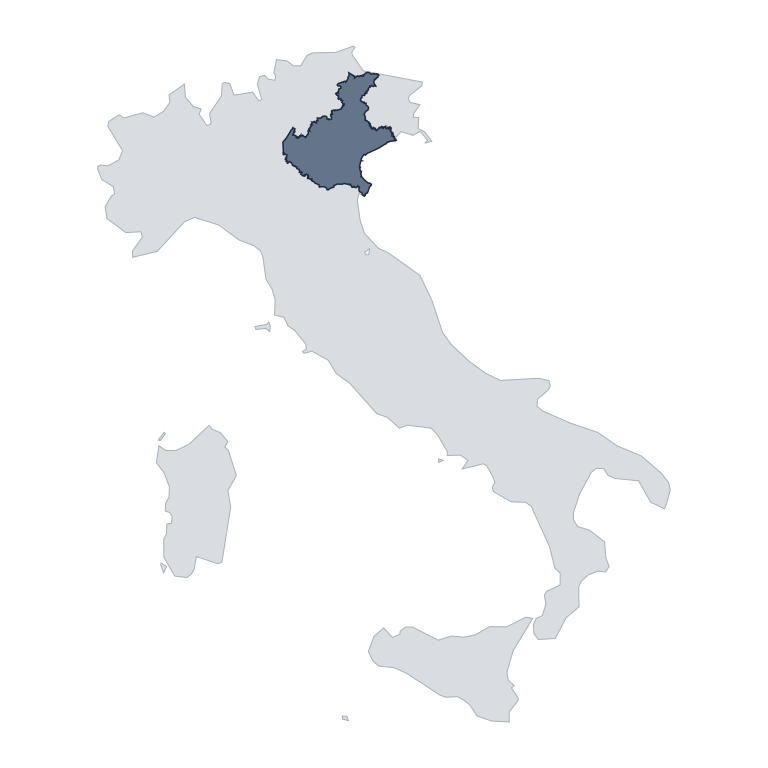 location of Veneto, Treviso, Italy
{"feature_id": "23120603B96721879872173", "entity_name": "Veneto", "entity_type": "district", "adm_level": 2, "iso_a3": "ITA", "parent_name": "Italy", "parent_adm1": "Treviso", "projection": "orthographic", "projection_center": [12.018, 45.736], "detail": "fine", "context": "in_parent", "style": "filled", "palette": "slate", "viewbox_px": 768, "rotation_deg": 0, "n_neighbors": 0, "source": "geoboundaries", "source_scale": "gbopen_adm2", "svg_char_len": 9664}
<svg xmlns="http://www.w3.org/2000/svg" viewBox="0 0 768 768"><path d="M119.1,114.8L123.8,118.0L142.8,112.7L153.9,117.1L163.6,111.4L170.0,102.2L169.1,94.9L184.4,84.1L185.4,97.3L193.3,106.5L201.2,109.1L199.2,114.3L206.8,125.5L210.0,124.6L211.1,122.7L209.5,113.5L221.4,96.1L222.2,83.7L224.3,82.5L229.8,83.5L234.0,95.2L252.7,92.1L258.8,101.0L261.8,99.4L257.3,84.2L259.7,76.6L264.6,75.4L268.0,79.1L275.1,80.3L275.6,75.8L273.8,72.7L276.5,59.6L287.1,61.0L293.3,65.8L300.7,65.8L307.1,55.4L312.1,52.9L335.8,52.4L353.4,46.1L354.9,47.5L351.7,52.5L352.8,55.7L363.3,70.9L422.5,82.1L421.7,85.9L409.2,95.7L408.3,99.3L410.3,102.5L420.0,104.7L413.5,113.8L413.6,117.3L418.8,117.6L418.2,128.6L424.6,131.8L431.8,141.3L424.7,143.2L427.6,140.6L420.3,131.3L412.9,135.4L401.0,131.6L393.1,140.5L365.7,151.9L370.5,146.8L368.4,146.7L358.5,153.3L356.3,166.7L364.0,179.9L370.1,184.6L367.4,192.7L363.7,195.8L358.8,193.6L357.4,200.8L360.1,220.0L364.5,233.4L378.4,248.3L388.7,253.1L420.1,275.5L432.1,300.9L442.7,332.8L451.3,344.5L469.1,361.2L485.3,373.2L500.3,380.4L539.0,378.3L548.9,380.6L550.3,385.9L548.6,389.7L537.5,399.2L537.1,406.4L542.9,411.1L570.0,423.0L597.7,432.4L616.9,445.7L641.4,456.0L661.2,473.1L668.5,482.4L670.3,489.8L666.7,503.3L664.6,508.8L650.7,502.3L638.6,480.8L615.0,478.5L607.9,475.2L603.7,468.6L596.2,468.4L591.3,472.4L579.6,494.0L573.5,512.5L573.5,519.8L577.6,526.7L589.3,530.0L604.6,541.9L605.9,557.8L609.1,566.6L605.5,572.0L597.9,571.1L588.2,575.0L581.4,581.2L578.7,586.9L579.0,606.8L566.0,617.9L555.3,638.5L538.2,639.5L533.9,633.5L533.4,624.3L536.1,618.6L542.3,615.6L546.0,603.7L544.3,595.3L546.6,591.4L560.1,585.0L560.2,573.2L554.8,568.1L549.6,546.8L531.1,506.2L525.6,502.3L511.0,501.8L493.4,491.5L492.2,486.9L494.9,482.4L492.7,476.5L487.0,466.2L483.3,463.8L462.2,469.0L468.0,460.3L460.3,455.1L447.2,455.5L447.3,451.7L437.6,434.9L431.2,428.2L407.2,425.1L399.5,428.2L387.6,417.5L376.8,413.7L349.5,383.0L336.4,373.7L328.2,360.2L311.8,351.2L304.2,353.3L302.4,351.6L306.4,349.0L305.6,343.9L294.7,330.4L288.2,326.0L283.8,317.3L274.6,315.1L275.1,299.6L271.8,288.6L266.0,279.2L262.9,256.9L260.3,250.6L253.8,245.7L239.0,240.0L218.7,225.0L194.5,217.4L184.3,221.9L157.2,251.4L132.7,257.3L132.5,250.9L142.4,237.1L140.9,231.7L125.8,232.6L107.0,218.5L105.1,206.8L111.2,196.3L114.6,193.9L113.3,186.6L101.9,179.7L97.8,169.7L97.7,166.5L100.8,164.9L107.6,166.0L118.9,159.8L122.6,150.7L107.8,126.2L108.8,121.4L119.1,114.8ZM368.8,254.5L369.6,248.7L364.6,252.4L366.0,255.0L368.8,254.5ZM532.7,618.4L513.2,650.6L507.0,672.0L508.1,680.0L514.2,685.6L511.4,688.0L518.1,697.8L518.1,700.5L509.1,712.1L509.3,721.9L491.6,721.1L477.0,715.9L469.7,704.8L463.9,700.2L457.8,696.7L445.4,697.2L439.8,695.0L406.6,673.3L393.8,667.6L379.0,666.2L373.1,661.3L368.3,651.6L374.0,636.4L383.6,627.9L392.4,637.4L399.9,634.2L400.2,631.1L405.5,627.2L412.3,627.0L438.2,640.2L451.6,636.0L463.9,637.2L475.1,635.0L489.5,626.6L506.5,626.9L525.7,617.2L532.7,618.4ZM228.4,450.4L236.4,475.6L227.9,490.5L230.7,507.0L221.9,562.2L218.0,563.8L196.4,556.6L194.2,569.3L191.2,574.3L186.8,577.5L174.9,576.1L163.9,557.4L163.7,539.4L166.3,534.2L166.9,523.9L171.5,523.5L172.1,516.5L169.6,512.5L165.3,511.1L165.6,503.2L169.0,497.3L169.4,486.7L164.1,472.9L156.4,462.7L158.9,445.7L165.6,450.4L175.9,450.6L188.5,444.6L209.2,425.3L211.8,429.0L220.2,432.6L227.9,441.6L224.7,447.0L228.4,450.4ZM268.7,322.1L270.4,326.2L269.7,331.6L265.7,328.4L255.9,329.5L254.9,326.6L266.9,324.4L268.7,322.1ZM166.7,566.5L163.5,572.8L160.6,564.2L161.1,563.1L166.7,566.5ZM165.3,433.7L160.5,440.5L158.2,440.1L164.2,432.3L165.3,433.7ZM348.4,720.6L342.6,719.1L342.4,715.9L347.0,716.4L348.4,720.6ZM443.2,460.3L438.6,462.4L438.7,459.0L443.2,460.3Z" fill="#d9dde1" stroke="#a8b0b8" stroke-width="1"/><path d="M319.2,185.1L319.1,186.6L319.4,187.1L321.2,186.7L324.4,186.8L326.6,188.2L327.0,189.7L328.1,189.9L330.6,188.1L333.5,187.3L334.0,186.8L333.8,185.9L334.0,185.4L335.8,184.9L336.9,184.1L342.3,184.2L344.1,183.4L346.6,184.1L348.0,184.1L348.7,184.6L349.5,184.3L349.8,184.8L350.4,184.4L350.5,185.0L351.2,185.4L351.7,187.0L352.5,187.3L353.2,187.1L353.3,186.7L353.8,186.4L354.6,187.4L356.3,187.6L357.0,186.8L357.6,186.8L357.7,186.3L358.0,186.7L358.7,186.3L359.5,187.3L358.9,188.5L359.1,190.9L359.5,191.7L361.7,192.4L362.4,194.7L364.4,196.2L365.3,195.3L365.4,194.7L365.1,194.4L365.8,193.6L367.5,192.8L369.5,187.1L371.5,184.8L371.3,184.2L369.7,183.1L368.3,183.0L366.4,181.7L364.1,179.6L362.7,177.9L362.8,177.5L362.7,177.9L361.7,176.8L361.0,176.7L361.4,176.0L360.9,173.9L361.3,171.8L361.1,171.9L360.5,170.6L360.2,170.7L359.7,168.2L359.8,167.5L360.3,167.6L360.4,167.2L359.6,167.2L359.5,166.5L360.7,161.3L360.9,160.8L361.7,160.7L361.0,160.4L361.1,159.4L362.4,156.6L364.2,154.4L365.5,155.1L367.4,153.3L378.9,148.0L384.2,144.6L385.7,144.0L387.5,142.1L390.6,141.2L395.1,140.8L396.3,140.2L395.7,139.6L395.4,139.6L395.5,139.1L394.6,139.2L394.7,138.2L393.6,137.3L394.1,136.7L393.3,136.4L393.8,136.2L393.4,135.9L393.4,135.0L392.9,134.7L392.9,134.0L392.0,134.8L392.3,133.7L391.7,133.2L391.8,132.9L391.6,132.5L392.1,132.3L390.8,131.4L390.8,130.9L390.3,130.5L391.2,130.0L390.7,130.1L390.4,129.4L390.5,129.0L391.0,129.3L391.2,128.9L390.3,128.5L390.8,128.2L390.4,128.3L390.2,128.0L390.6,127.6L390.0,127.5L389.8,126.8L389.3,127.1L389.3,128.0L389.6,128.4L389.2,128.6L388.3,128.8L387.9,127.8L387.7,128.3L387.3,128.0L386.7,128.6L385.9,128.3L385.6,127.7L385.9,127.1L385.8,126.6L385.6,127.0L385.2,126.6L384.1,126.8L384.1,127.2L383.3,127.7L383.3,128.4L382.8,128.6L382.3,127.8L382.6,127.0L381.5,126.4L379.8,128.2L379.2,127.5L377.8,129.4L376.4,130.6L375.6,129.9L375.8,129.4L375.4,129.2L375.4,128.7L374.9,128.9L374.7,128.1L374.0,128.1L373.6,127.5L373.0,128.0L373.2,128.6L373.0,129.1L371.7,128.0L371.5,128.4L371.2,128.1L371.3,127.7L371.0,127.5L371.4,127.0L371.0,126.8L370.9,126.0L370.0,125.9L370.4,125.6L370.0,125.0L370.2,124.5L369.7,124.5L369.0,123.7L369.7,123.3L369.1,122.9L368.9,122.0L367.0,121.3L367.0,120.8L366.6,120.4L365.3,120.4L365.1,119.9L365.4,117.3L364.9,116.5L364.8,115.2L364.0,114.3L365.8,111.4L367.9,110.1L368.5,108.5L368.4,107.0L366.2,105.2L365.9,103.9L366.1,103.3L364.3,103.4L364.0,103.1L364.4,102.5L364.1,102.0L362.9,102.4L361.9,101.8L361.9,101.5L361.2,101.3L361.0,100.4L360.5,100.3L360.4,99.4L360.8,98.4L362.0,97.7L361.8,96.1L363.0,95.2L364.5,95.5L364.9,94.5L364.8,93.7L365.3,93.9L366.5,93.0L366.3,92.7L366.8,92.8L366.4,91.3L367.1,91.4L368.4,89.9L368.1,89.1L368.7,88.0L369.8,87.5L369.8,86.5L370.3,87.0L371.5,85.6L373.2,86.5L373.9,85.8L375.8,86.2L375.4,85.2L374.3,84.1L373.8,81.4L374.6,79.4L374.9,79.1L375.4,79.5L376.8,77.6L377.8,77.4L377.7,76.2L378.8,75.3L378.1,74.4L376.4,73.8L374.7,74.2L374.3,73.6L373.7,73.6L371.3,74.3L369.1,72.5L367.3,72.4L365.4,73.2L364.1,74.8L363.0,74.8L362.9,75.2L363.4,75.9L363.2,76.2L362.1,76.4L361.1,75.5L360.1,75.7L360.1,76.1L359.6,76.4L358.6,76.5L357.6,75.8L354.5,78.0L354.7,76.2L354.1,76.3L353.2,75.3L352.4,75.5L352.1,74.8L348.9,72.8L349.1,73.8L348.9,74.2L349.2,74.9L348.8,76.3L347.9,77.2L348.1,77.7L348.0,78.7L345.8,82.1L345.3,81.3L344.3,81.3L343.6,81.7L343.4,82.3L341.9,82.1L340.9,82.7L339.2,83.1L337.5,84.2L337.3,85.2L337.6,85.8L340.3,86.1L340.8,86.6L340.9,88.0L340.0,88.6L339.1,88.6L338.6,89.8L338.8,90.1L338.3,91.6L338.5,93.0L337.7,92.3L337.5,92.9L336.5,92.9L335.7,93.5L335.9,94.1L336.9,94.5L336.9,95.2L338.3,95.7L338.2,96.5L338.7,96.9L338.0,98.3L338.5,99.3L340.7,98.7L340.6,99.9L341.0,100.5L341.5,100.2L342.6,100.7L341.8,102.3L342.4,102.8L343.1,104.0L344.2,103.9L344.1,104.7L343.6,105.1L343.6,105.9L342.6,105.5L342.2,106.8L342.3,107.2L341.4,108.0L341.6,108.2L341.0,109.1L337.7,109.9L337.4,110.3L335.6,110.0L334.9,110.7L334.6,110.1L334.0,110.1L333.0,110.2L332.4,111.1L331.6,110.9L331.6,112.7L332.4,113.4L332.5,114.0L331.2,114.0L330.7,114.5L331.4,115.1L330.7,115.9L331.7,117.7L331.5,118.1L331.5,119.0L331.0,119.3L328.9,119.6L329.0,119.0L328.6,118.8L328.2,119.2L327.5,118.8L327.1,119.0L326.6,116.5L324.9,116.1L323.1,116.2L322.6,116.4L322.3,117.1L321.6,117.1L320.7,118.2L317.3,118.0L317.7,120.7L316.6,120.6L316.6,121.8L316.0,122.1L316.2,122.8L314.9,122.2L314.5,121.5L314.1,121.7L314.0,120.9L314.1,122.2L312.0,122.1L312.2,122.3L312.1,123.1L311.6,123.5L311.9,124.5L311.5,124.3L310.9,124.7L311.4,124.9L311.1,126.3L310.3,126.7L310.2,127.8L309.4,128.2L308.8,129.0L308.9,129.8L309.3,129.9L309.0,130.3L309.5,131.0L308.1,130.8L308.4,132.2L308.1,133.3L308.3,134.0L306.8,135.4L306.4,135.9L306.4,136.7L305.7,137.2L305.7,136.8L305.3,136.7L304.4,136.9L302.7,135.2L302.0,136.0L300.8,136.0L300.8,135.1L300.4,135.7L299.8,135.8L300.0,136.5L299.6,137.0L298.6,137.7L298.8,136.3L298.3,137.3L297.8,137.4L297.5,138.1L297.1,138.1L296.0,137.1L296.7,136.4L296.3,136.1L294.7,135.2L292.9,135.1L293.2,134.0L293.8,133.4L294.0,132.1L294.5,132.1L294.5,131.6L294.9,131.4L294.3,130.6L294.5,129.6L295.0,129.0L292.9,127.6L292.5,128.7L291.4,129.8L286.6,137.7L282.9,142.2L283.4,152.2L283.7,152.6L282.5,153.2L283.7,153.1L283.5,153.7L283.8,154.0L283.4,154.6L283.9,154.8L284.4,154.0L286.8,154.8L286.8,156.1L286.3,157.0L285.9,157.2L286.7,158.0L286.1,158.6L285.3,158.9L285.3,159.6L286.6,160.2L286.2,161.4L287.4,161.4L287.2,163.0L287.6,163.3L289.7,161.5L291.9,163.5L292.6,165.4L294.1,165.7L294.1,166.1L295.0,166.0L295.2,166.7L296.8,167.0L296.5,167.4L296.6,168.2L297.2,168.8L298.9,169.2L299.5,170.0L299.2,170.3L299.5,170.6L299.6,171.4L299.4,172.4L299.9,172.3L300.1,172.5L300.9,171.9L301.1,172.5L301.9,172.4L301.6,172.9L301.6,173.5L300.9,174.2L303.0,175.9L304.1,176.1L303.9,175.4L304.3,174.9L305.5,175.6L306.0,174.2L306.4,174.1L308.3,175.2L309.0,175.1L307.8,176.0L307.7,176.6L308.3,176.9L307.6,177.5L307.6,178.5L308.9,178.4L310.7,179.6L311.8,178.7L312.1,179.5L311.7,180.3L312.2,181.2L313.8,181.6L315.0,183.1L318.8,184.7L319.2,185.1Z" fill="#64748b" stroke="#1e293b" stroke-width="1.5"/></svg>